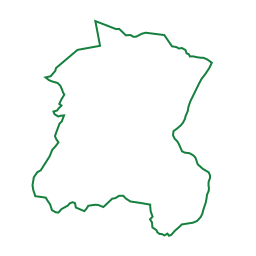 Parelhas, Rio Grande do Norte, Brazil, rotated 8°
{"feature_id": "56859067B27225115127072", "entity_name": "Parelhas", "entity_type": "district", "adm_level": 2, "iso_a3": "BRA", "parent_name": "Brazil", "parent_adm1": "Rio Grande do Norte", "projection": "albers", "projection_center": [-36.615, -6.711], "detail": "fine", "context": "isolated", "style": "outline", "palette": "green", "viewbox_px": 256, "rotation_deg": 8, "n_neighbors": 0, "source": "geoboundaries", "source_scale": "gbopen_adm2", "svg_char_len": 1861}
<svg xmlns="http://www.w3.org/2000/svg" viewBox="0 0 256 256"><g transform="rotate(8 128 128)"><path d="M80.8,26.7L88.9,50.5L72.5,55.9L69.5,56.9L67.1,57.7L48.4,78.6L48.0,81.6L44.2,87.5L39.3,89.4L43.1,91.6L46.6,92.5L52.0,93.2L55.2,95.7L57.7,99.8L58.8,102.0L60.3,103.8L58.0,109.1L56.6,113.7L59.0,115.0L56.4,118.5L55.4,120.5L51.9,122.1L53.4,124.6L57.3,126.3L60.1,125.1L62.9,124.4L61.5,130.7L59.6,133.2L57.4,143.1L56.8,146.2L58.5,149.0L61.1,151.9L58.9,156.0L56.1,160.0L54.3,167.0L47.5,182.0L44.2,184.6L41.6,190.0L41.4,197.9L42.8,202.6L44.7,206.3L45.6,208.4L56.3,208.4L58.3,211.0L61.5,214.5L64.1,219.9L68.3,221.6L70.9,221.4L73.4,217.6L79.5,212.9L80.7,210.8L83.5,209.2L86.0,209.8L87.4,214.0L96.3,216.4L97.9,214.1L99.5,210.6L102.8,209.5L106.7,208.5L109.4,208.4L114.6,209.7L122.2,200.2L125.3,199.2L128.6,196.4L132.8,195.8L135.4,198.0L140.5,200.4L151.3,200.5L160.6,200.8L161.0,203.0L162.1,207.5L164.7,212.4L162.5,215.3L164.9,218.2L166.0,223.1L170.4,225.2L171.5,227.1L173.9,228.5L176.3,228.3L179.0,229.3L181.8,227.1L183.6,229.0L185.8,227.7L188.9,223.0L192.2,219.3L194.7,216.0L205.6,212.7L209.4,210.4L212.4,206.0L213.5,202.7L214.0,198.5L215.4,190.8L215.6,186.3L215.5,183.2L216.7,178.8L216.5,176.2L215.8,174.1L215.3,170.3L216.2,165.9L215.8,163.5L214.1,160.7L207.7,158.0L202.1,154.3L199.0,148.1L196.6,146.1L192.5,144.4L187.8,144.5L184.8,143.6L180.2,136.2L178.4,134.1L175.9,132.3L173.6,129.0L173.5,124.8L176.8,121.6L180.1,117.8L181.8,114.9L183.2,110.7L183.3,108.5L184.8,103.0L184.9,98.7L185.9,93.3L191.9,74.9L193.9,69.4L197.2,63.5L200.2,57.2L201.9,51.7L196.7,49.0L193.0,48.0L190.3,48.3L186.2,48.3L182.7,48.0L179.3,48.5L178.0,46.5L175.6,45.9L174.1,42.8L170.2,41.3L167.4,42.2L164.6,41.1L160.2,41.0L151.0,30.9L132.3,31.2L128.8,32.6L123.2,36.5L120.4,36.9L117.8,35.6L112.9,36.5L110.8,34.9L105.5,31.1L102.3,31.7L80.8,26.7Z" fill="none" stroke="#15803d" stroke-width="2"/></g></svg>